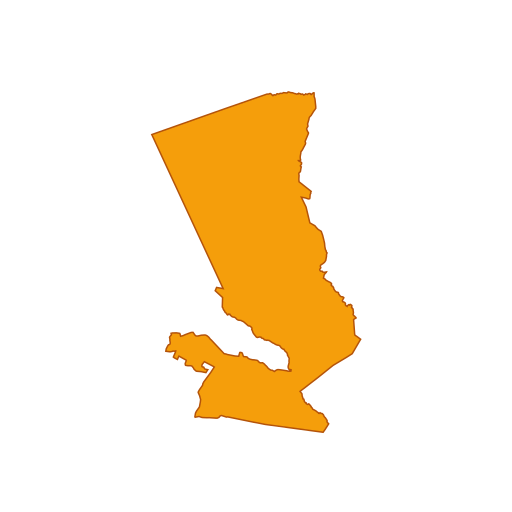 Buuri, Eastern, Kenya (Robinson projection), rotated 124°
{"feature_id": "3690345B42438423970575", "entity_name": "Buuri", "entity_type": "district", "adm_level": 2, "iso_a3": "KEN", "parent_name": "Kenya", "parent_adm1": "Eastern", "projection": "robinson", "projection_center": [37.421, 0.09], "detail": "fine", "context": "isolated", "style": "filled", "palette": "amber", "viewbox_px": 512, "rotation_deg": 124, "n_neighbors": 0, "source": "geoboundaries", "source_scale": "gbopen_adm2", "svg_char_len": 6140}
<svg xmlns="http://www.w3.org/2000/svg" viewBox="0 0 512 512"><g transform="rotate(124 256 256)"><path d="M364.6,101.8L361.1,101.7L354.5,101.9L354.0,103.9L353.7,104.5L353.1,104.7L352.7,105.0L352.0,106.3L351.8,107.1L351.4,107.8L351.1,109.4L350.5,110.5L350.0,111.2L349.6,112.9L349.8,113.6L350.2,114.0L350.1,115.3L351.2,115.6L351.4,116.1L351.1,116.7L351.1,118.3L351.0,118.8L350.9,120.1L351.0,120.6L351.1,122.1L351.3,123.2L350.5,124.7L350.3,126.0L349.9,126.2L349.1,129.0L349.2,129.7L349.8,129.9L350.2,130.2L350.3,131.9L349.7,132.3L349.9,133.0L349.6,134.5L348.5,135.6L347.9,136.5L348.2,137.2L347.2,138.1L346.3,139.4L344.6,140.8L344.3,141.4L344.1,142.3L343.6,143.8L322.1,136.7L303.5,130.9L289.6,124.4L283.2,121.6L266.5,122.7L266.3,127.2L266.3,129.7L265.5,130.6L254.2,139.5L253.6,139.4L251.4,138.4L251.1,138.8L251.1,139.5L250.8,140.4L250.7,141.7L250.4,142.5L249.9,143.0L249.4,143.1L248.5,143.5L246.5,145.3L246.1,145.5L245.6,146.0L245.7,146.8L245.2,147.3L245.2,148.1L243.7,148.6L243.4,149.0L243.3,150.6L243.8,151.1L244.4,151.1L244.5,151.9L246.3,152.5L246.8,152.3L246.9,153.3L246.7,154.2L246.4,154.7L245.7,155.0L245.3,155.4L245.0,156.0L245.0,157.6L245.4,158.2L245.2,158.9L244.7,159.4L244.0,159.6L241.5,159.8L241.3,160.4L241.4,161.3L242.1,162.7L242.1,163.7L241.3,166.2L240.3,167.2L240.3,167.9L240.7,168.6L240.9,169.1L240.9,169.8L240.6,171.2L239.8,173.1L239.0,173.7L238.8,174.5L238.4,174.9L238.2,175.4L238.4,176.6L238.3,177.1L237.9,177.5L237.0,177.6L236.5,178.2L236.4,180.0L236.7,181.6L236.8,183.4L237.0,184.2L236.6,185.2L236.5,186.0L236.7,187.1L236.6,187.8L235.9,187.9L234.3,188.7L233.0,189.0L231.1,188.8L230.4,188.6L229.8,188.7L231.3,190.2L232.0,191.8L231.6,192.8L232.4,193.8L232.3,194.7L231.9,195.4L231.4,195.7L229.5,195.7L228.6,196.9L228.1,197.2L227.1,197.2L225.2,196.4L223.0,195.7L220.7,195.7L217.0,197.3L215.3,198.4L213.7,198.8L213.6,199.4L213.2,200.1L212.5,200.7L211.8,202.1L209.6,204.3L207.0,206.4L204.1,209.5L201.5,212.4L199.1,215.7L199.2,219.5L198.6,222.1L198.0,223.9L198.4,229.9L187.4,241.9L181.9,251.3L180.2,247.4L179.5,244.8L179.2,244.2L178.5,243.6L177.9,243.7L174.7,245.5L173.2,245.7L172.8,246.2L171.6,246.4L170.4,261.8L168.4,263.4L165.2,265.3L163.8,266.6L162.6,266.8L161.6,266.4L160.9,266.5L158.4,267.7L156.8,268.3L156.8,269.2L156.4,269.7L154.6,269.6L153.3,270.2L153.0,270.8L153.3,273.5L153.1,274.1L152.0,272.7L151.5,272.6L150.1,274.1L148.5,275.1L145.6,276.4L144.6,277.0L142.2,276.9L135.7,277.6L134.6,278.0L133.8,279.1L133.3,279.4L125.4,281.0L124.8,281.2L124.3,281.7L124.1,282.6L122.5,285.0L121.9,285.3L119.3,285.5L117.7,287.1L113.0,288.6L112.0,289.1L110.7,289.3L108.7,288.9L104.3,289.1L100.2,289.0L98.6,290.1L92.9,294.9L92.0,296.0L91.3,297.0L89.8,298.0L88.3,299.1L88.7,299.8L89.6,299.9L90.2,300.2L91.2,300.4L91.4,300.9L91.0,301.5L91.1,302.1L91.4,302.6L92.3,303.5L93.4,303.8L93.8,305.5L94.6,305.6L95.9,306.5L95.7,307.2L95.7,308.0L96.1,308.6L96.6,308.8L96.9,309.2L96.7,310.0L97.3,311.7L97.9,311.6L98.1,312.1L99.0,312.6L99.4,314.2L99.7,314.7L100.2,316.9L101.2,318.8L101.6,320.3L102.0,321.1L103.3,321.4L103.8,322.0L105.2,324.6L106.5,325.2L106.9,325.7L107.2,326.4L108.4,327.5L108.9,327.6L109.3,328.2L109.5,329.0L110.1,329.5L111.3,329.6L111.7,330.0L112.2,331.2L113.6,331.6L113.7,332.3L113.4,332.8L113.3,333.4L113.2,334.8L113.6,335.4L114.6,336.0L115.7,337.5L150.8,363.8L213.6,410.3L301.4,265.0L304.1,271.1L307.6,270.4L309.1,260.5L317.2,255.4L317.4,254.7L318.6,253.1L318.8,252.4L319.1,252.0L319.1,251.4L319.6,250.8L320.0,249.9L320.0,248.8L320.6,247.5L320.8,246.7L320.4,246.3L319.9,246.4L319.4,246.2L318.9,244.9L319.4,244.4L319.7,242.1L319.4,240.7L318.9,239.9L318.8,239.4L318.8,238.0L319.2,236.7L319.1,234.9L317.8,232.3L317.7,230.7L317.4,230.0L317.7,227.2L318.2,223.5L318.0,222.8L317.6,222.2L317.5,221.1L317.9,219.3L318.6,218.7L319.5,218.3L319.7,217.6L320.8,216.2L321.6,214.9L322.0,213.7L323.0,210.4L322.8,209.3L321.1,207.7L320.5,206.3L320.9,205.6L320.8,204.8L320.4,204.1L320.4,203.3L320.8,202.5L320.7,201.7L320.2,201.0L320.1,200.2L319.5,199.7L319.3,199.0L318.7,198.1L318.7,193.6L318.4,192.2L318.4,190.5L318.0,188.6L317.3,187.1L317.2,186.6L317.2,185.9L318.0,183.8L318.1,182.9L318.1,181.5L317.7,180.7L318.5,179.2L318.8,177.3L319.1,176.1L320.0,174.8L320.5,174.6L322.3,171.2L324.7,169.9L325.7,169.0L329.4,167.7L330.8,166.7L330.9,166.2L331.6,165.1L331.6,164.5L330.8,163.8L330.7,163.2L332.0,162.7L333.0,164.0L333.8,165.5L333.8,166.0L336.2,171.1L337.4,173.5L337.9,174.3L338.5,174.9L340.5,176.0L341.0,175.9L341.5,176.2L341.6,178.6L342.3,179.8L342.4,181.5L342.2,183.5L341.7,184.8L341.4,186.1L341.3,187.2L340.9,188.5L340.8,190.8L342.2,192.7L342.3,193.9L341.8,196.1L341.9,196.8L343.1,199.4L343.9,200.7L345.0,203.5L345.2,205.4L344.8,206.5L344.8,207.1L345.1,207.9L346.3,210.0L345.7,211.2L344.8,212.2L344.1,213.4L344.2,214.0L344.7,215.2L345.1,215.5L348.8,214.3L350.6,217.4L353.7,224.7L354.0,226.0L354.8,227.8L350.6,246.3L350.6,247.0L349.7,249.8L349.5,252.0L349.7,253.4L350.2,254.4L351.2,255.7L352.3,257.1L354.8,259.4L355.8,260.9L355.8,262.1L354.5,265.5L355.6,267.0L360.6,270.6L362.9,272.0L364.7,273.6L363.1,275.4L362.8,276.0L364.1,278.8L366.5,282.2L367.6,283.2L368.6,282.1L371.4,282.3L371.9,282.1L373.1,280.8L373.8,280.5L376.0,278.5L376.4,278.3L377.0,278.1L377.7,278.2L378.6,278.9L380.2,278.9L383.2,278.5L385.4,277.5L383.8,274.2L383.2,273.3L382.0,272.1L381.4,271.8L381.0,271.3L380.7,270.6L379.6,269.5L380.4,269.1L386.0,268.0L386.1,266.8L385.7,263.3L383.6,263.7L382.1,263.9L381.4,255.8L381.7,255.3L384.7,254.6L385.8,253.7L386.0,253.2L385.2,251.4L383.5,248.8L383.1,247.7L383.7,245.5L384.4,244.3L384.6,243.5L384.9,241.4L384.7,240.7L382.5,236.7L380.7,232.3L377.2,232.4L378.3,235.1L378.1,235.9L377.4,237.1L377.5,237.7L377.9,238.4L377.9,238.9L377.5,239.3L376.7,239.8L375.7,240.0L372.5,239.7L371.4,230.0L371.4,228.5L377.9,228.4L389.7,228.9L391.8,228.6L393.0,228.0L398.1,228.1L400.8,227.9L401.5,227.6L403.4,224.6L406.0,221.6L408.6,220.3L412.8,218.5L418.0,218.6L420.1,218.3L423.4,216.8L423.7,216.3L420.9,213.5L420.1,210.6L419.7,209.8L417.5,206.2L416.2,204.4L412.6,198.2L412.0,197.4L410.6,196.5L408.6,196.3L407.5,195.4L406.1,190.5L405.8,190.1L405.3,189.7L395.1,165.0L393.5,161.4L390.5,154.2L364.6,101.8Z" fill="#f59e0b" stroke="#b45309" stroke-width="1.5"/></g></svg>